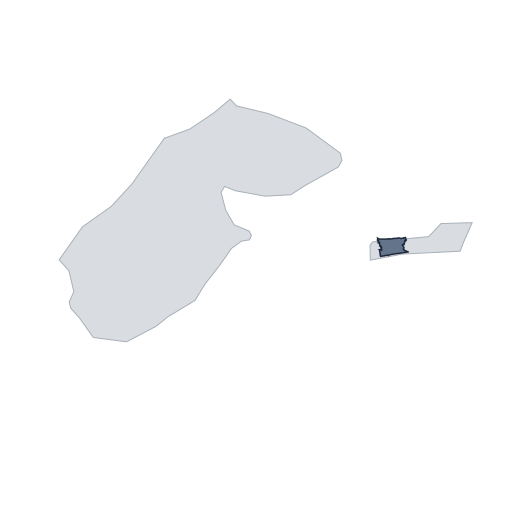 location of Gaza, Gaza Strip, Palestine, rotated 222°
{"feature_id": "87354302B92317438543703", "entity_name": "Gaza", "entity_type": "district", "adm_level": 2, "iso_a3": "PSE", "parent_name": "Palestine", "parent_adm1": "Gaza Strip", "projection": "albers", "projection_center": [34.448, 31.487], "detail": "fine", "context": "in_parent", "style": "filled", "palette": "slate", "viewbox_px": 512, "rotation_deg": 222, "n_neighbors": 0, "source": "geoboundaries", "source_scale": "gbopen_adm2", "svg_char_len": 4526}
<svg xmlns="http://www.w3.org/2000/svg" viewBox="0 0 512 512"><g transform="rotate(222 256 256)"><path d="M399.7,121.4L404.5,161.5L396.8,196.0L396.4,226.2L402.9,282.1L390.2,306.0L383.1,334.1L380.1,355.3L371.0,354.5L342.3,370.0L304.2,384.7L262.1,388.8L256.1,384.5L254.4,377.2L266.6,341.5L271.2,324.7L289.3,306.5L315.0,290.7L325.9,286.7L324.6,280.0L309.2,269.8L293.1,264.5L277.9,269.9L273.2,268.3L271.6,263.7L276.8,257.3L279.3,245.3L276.8,225.3L275.1,201.0L271.6,182.2L280.9,151.5L283.2,136.9L294.8,105.6L322.3,86.6L346.1,91.9L358.6,93.2L364.0,96.8L367.5,107.6L385.2,119.9L399.7,121.4ZM168.3,329.4L178.5,340.4L178.8,344.5L140.6,386.0L140.2,403.9L117.7,425.4L110.6,404.0L107.5,396.2L148.7,355.2L168.3,329.4Z" fill="#d9dde1" stroke="#a8b0b8" stroke-width="1"/><path d="M163.1,339.1L163.0,339.3L162.8,339.6L162.5,340.0L162.4,340.1L162.1,340.4L161.6,341.0L160.8,342.0L160.5,342.4L160.3,342.8L160.1,342.9L159.9,343.2L159.5,343.7L159.3,344.1L159.1,344.3L158.9,344.5L158.7,344.7L158.5,344.8L158.4,345.0L158.2,345.0L158.1,344.9L157.9,344.9L157.9,345.0L158.0,345.1L158.1,345.3L157.9,345.6L157.8,345.8L157.6,346.0L157.4,346.4L157.1,346.8L156.8,347.2L156.7,347.4L156.6,347.6L156.4,347.8L156.1,348.1L155.9,348.4L155.6,348.8L155.4,349.1L155.1,349.5L154.7,349.9L154.3,350.4L154.1,350.7L153.9,350.9L153.7,351.2L153.6,351.4L153.4,351.5L153.1,351.9L152.6,352.3L152.5,352.5L152.3,352.8L151.9,353.1L151.7,353.4L151.4,353.8L151.0,354.3L150.7,354.6L150.5,354.9L150.2,355.3L149.9,355.6L149.6,356.0L149.4,356.2L149.2,356.4L149.0,356.7L148.7,357.1L148.4,357.4L148.2,357.7L147.8,358.2L147.5,358.5L147.2,358.9L147.0,359.2L146.8,359.4L146.6,359.7L146.5,359.8L146.4,360.0L146.2,360.2L145.7,360.8L145.8,360.9L146.0,360.8L146.1,360.7L146.3,360.6L146.5,360.6L146.8,360.5L147.0,360.4L147.3,360.3L147.5,360.3L147.6,360.2L147.8,360.1L148.0,359.9L148.3,359.8L148.5,359.8L148.6,359.7L148.9,359.8L149.0,359.8L149.3,359.8L149.6,359.7L149.9,359.7L150.0,359.7L150.1,359.8L150.3,359.8L150.5,359.8L150.8,359.7L151.0,359.7L151.2,359.8L151.3,359.8L151.4,360.0L151.4,360.3L151.4,360.6L151.5,360.9L151.7,361.2L151.9,361.4L152.3,361.5L152.7,361.6L153.0,361.7L153.3,361.7L153.4,361.8L153.5,361.8L154.0,361.9L154.4,362.1L154.7,362.4L154.5,362.7L154.4,362.8L154.2,362.9L154.1,363.0L154.3,363.2L154.3,363.3L154.2,363.2L154.1,363.3L154.0,363.2L153.6,363.6L154.7,365.5L154.8,365.6L155.0,366.0L154.9,366.3L155.0,366.7L155.3,367.1L155.7,367.2L155.7,367.3L155.8,367.4L155.8,367.5L155.3,367.6L155.4,368.0L154.9,368.0L155.0,368.5L155.4,368.6L156.2,368.9L157.2,369.2L157.2,369.7L157.3,369.7L157.5,369.4L157.7,369.2L157.8,369.0L158.1,368.7L158.3,368.5L158.4,368.4L158.5,368.3L158.5,368.2L158.7,367.8L158.7,367.7L158.8,367.5L158.9,367.3L159.1,367.1L159.3,366.9L159.4,366.7L159.5,366.4L159.7,366.2L160.0,366.1L160.2,365.9L160.4,365.8L160.6,365.7L160.9,365.6L161.1,365.5L161.3,365.5L161.5,365.4L162.0,364.9L162.7,364.1L162.9,363.9L162.9,363.7L163.0,363.6L163.2,363.4L163.6,363.0L163.8,362.8L164.8,361.8L165.2,361.4L165.5,361.1L165.7,360.9L165.8,360.8L165.9,360.6L166.0,360.4L166.1,360.2L166.4,359.8L166.6,359.6L166.9,359.3L167.5,358.6L167.7,358.3L167.9,358.2L168.0,358.2L168.3,358.2L168.5,358.1L169.0,357.5L169.3,357.1L169.5,356.8L169.5,356.6L169.6,356.4L169.9,356.3L170.1,356.2L170.3,356.0L170.8,355.5L171.1,355.3L171.3,355.0L171.5,354.8L171.9,354.4L172.6,353.9L173.0,353.5L173.6,352.9L174.1,352.5L174.5,352.2L174.9,351.7L175.1,351.6L175.4,351.4L175.7,351.1L175.9,351.0L176.1,350.9L176.3,350.8L176.6,350.8L177.0,350.7L177.6,350.6L177.0,350.1L176.6,349.7L175.8,349.3L175.8,349.2L175.7,349.2L175.8,349.1L175.7,349.1L175.6,348.9L175.4,348.8L175.0,348.5L174.8,348.3L174.7,348.2L174.4,348.0L174.3,347.9L174.1,347.7L173.9,347.5L173.7,347.8L173.6,348.0L173.4,348.3L173.2,348.7L172.6,348.1L172.3,347.8L171.9,347.3L171.7,347.1L171.3,346.8L171.2,346.8L171.1,346.7L170.9,346.5L170.8,346.3L170.1,346.8L169.9,346.5L169.6,346.6L169.2,346.8L168.9,346.7L169.0,346.6L169.0,346.4L168.8,346.3L169.0,346.0L168.8,345.9L168.7,345.9L168.4,345.8L168.4,345.7L168.2,345.5L167.9,345.5L167.8,345.4L167.7,345.3L167.4,345.2L167.2,344.9L166.9,344.7L166.8,344.8L166.7,344.7L166.6,344.4L166.8,344.3L166.9,344.2L167.0,344.2L167.3,344.1L167.5,344.0L167.8,344.0L168.0,344.0L168.1,343.8L168.2,343.7L168.3,343.5L168.1,343.4L168.3,343.2L168.2,343.2L168.3,343.1L168.2,343.1L167.9,343.0L167.8,342.9L167.7,342.9L167.4,342.5L166.8,342.0L166.3,341.6L165.6,341.0L165.6,340.9L165.4,340.7L165.1,340.4L164.9,340.3L164.7,340.1L164.4,339.9L164.0,339.6L163.5,339.2L163.1,339.1Z" fill="#64748b" stroke="#1e293b" stroke-width="1.5"/></g></svg>